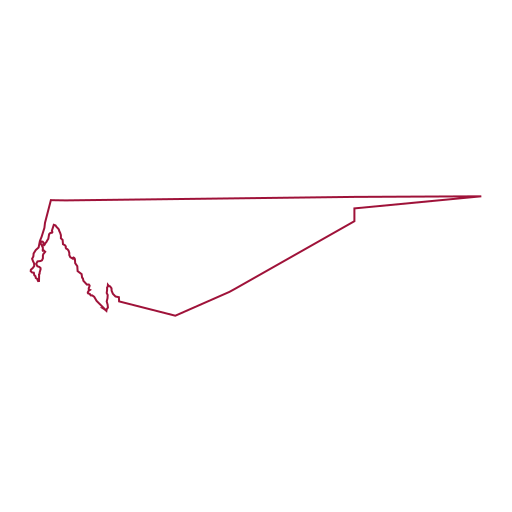 the district of Nouadhibou, Dakhlet Nouadhibou, Mauritania
{"feature_id": "47542326B41685059019738", "entity_name": "Nouadhibou", "entity_type": "district", "adm_level": 2, "iso_a3": "MRT", "parent_name": "Mauritania", "parent_adm1": "Dakhlet Nouadhibou", "projection": "albers", "projection_center": [-16.719, 20.928], "detail": "fine", "context": "isolated", "style": "outline", "palette": "rose", "viewbox_px": 512, "rotation_deg": 0, "n_neighbors": 0, "source": "geoboundaries", "source_scale": "gbopen_adm2", "svg_char_len": 1844}
<svg xmlns="http://www.w3.org/2000/svg" viewBox="0 0 512 512"><path d="M481.3,196.3L354.1,196.9L231.3,198.4L65.8,200.4L52.6,200.2L50.9,200.1L45.0,222.8L44.4,227.9L41.6,236.8L39.9,241.0L38.6,247.5L35.8,250.0L33.6,253.5L33.5,254.9L33.3,256.6L32.1,258.8L33.1,261.4L34.1,263.4L34.2,266.1L32.8,268.0L30.9,269.7L30.7,271.2L32.1,272.5L33.8,272.7L34.3,275.2L35.5,276.3L35.8,278.0L37.5,279.1L37.6,280.1L38.1,281.1L39.0,281.0L39.1,275.8L39.0,274.4L39.6,273.8L39.7,272.2L40.6,269.2L40.5,268.0L39.3,266.9L37.4,266.3L36.2,263.9L37.5,261.4L40.6,261.0L42.0,260.3L42.9,258.3L42.9,255.5L43.3,254.1L45.2,251.8L43.3,250.0L43.1,251.5L42.7,250.4L42.9,247.8L41.4,244.6L40.5,243.6L41.1,241.6L41.8,241.5L42.7,241.7L43.4,242.5L43.5,244.4L44.0,245.2L44.6,244.7L45.4,243.1L46.4,242.0L47.3,240.3L48.3,238.8L49.1,234.2L50.4,232.9L51.9,232.8L52.4,232.1L51.9,230.7L53.8,224.8L55.5,225.4L56.5,226.9L57.8,228.2L58.8,229.4L59.3,231.1L60.1,232.7L60.9,235.2L60.9,238.3L62.6,239.9L63.0,244.2L65.0,245.3L65.8,246.4L65.7,247.7L66.2,248.6L67.4,249.2L68.5,250.5L69.3,252.9L69.3,255.1L70.3,257.2L72.8,258.7L73.0,257.8L73.5,257.5L74.3,258.0L74.9,259.1L75.2,263.2L77.3,266.2L77.6,271.1L81.6,274.1L82.1,277.7L82.9,278.4L83.4,280.8L86.9,284.6L88.8,284.5L89.6,285.5L89.5,286.3L88.7,288.3L88.8,289.5L89.6,289.7L90.0,289.9L89.4,290.3L88.9,290.3L88.3,291.4L87.8,292.3L87.8,292.9L88.1,293.4L89.8,293.9L90.0,294.5L91.0,295.5L92.0,295.3L92.8,295.8L94.2,296.8L96.6,300.9L103.7,308.0L102.7,308.1L104.7,309.4L106.4,310.9L106.7,309.2L107.9,307.6L107.8,306.4L107.6,304.6L107.3,303.6L106.7,301.4L107.5,298.2L107.7,295.0L106.7,293.0L107.1,290.0L107.1,287.4L107.8,286.6L107.9,284.8L108.8,285.9L110.1,286.4L111.5,288.3L111.6,290.7L112.9,293.8L115.5,296.5L118.9,297.2L119.1,301.4L175.3,315.7L229.4,291.9L235.4,288.6L354.4,221.2L354.4,208.4L481.3,196.3Z" fill="none" stroke="#9f1239" stroke-width="2"/></svg>